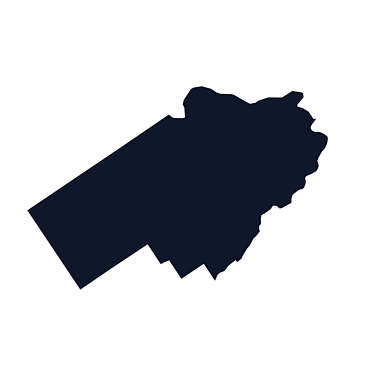 the district of Hancock, Mississippi, United States of America, rotated 236°
{"feature_id": "52423323B49198903326940", "entity_name": "Hancock", "entity_type": "district", "adm_level": 2, "iso_a3": "USA", "parent_name": "United States of America", "parent_adm1": "Mississippi", "projection": "equal_earth", "projection_center": [-89.556, 30.411], "detail": "fine", "context": "isolated", "style": "filled", "palette": "ink", "viewbox_px": 384, "rotation_deg": 236, "n_neighbors": 0, "source": "geoboundaries", "source_scale": "gbopen_adm2", "svg_char_len": 1572}
<svg xmlns="http://www.w3.org/2000/svg" viewBox="0 0 384 384"><g transform="rotate(236 192 192)"><path d="M106.9,162.2L109.9,166.8L110.1,170.5L109.2,174.4L109.8,177.2L110.5,177.8L111.2,180.9L112.1,190.1L111.4,191.8L110.9,191.7L110.4,190.8L109.5,191.0L109.7,195.2L110.7,196.9L111.8,198.8L114.8,205.4L116.0,209.6L119.7,216.5L120.6,221.3L122.0,225.6L124.1,226.2L126.8,228.1L127.3,228.8L127.5,230.8L131.7,233.4L134.7,236.3L134.4,240.2L134.6,247.6L136.1,251.0L136.3,251.7L133.8,254.8L132.6,255.4L130.0,256.0L129.7,256.4L129.1,258.2L128.3,268.1L131.0,269.8L133.9,273.1L134.3,275.0L134.7,280.8L134.3,284.0L134.0,284.2L133.5,285.2L133.7,287.1L136.0,290.3L137.4,291.5L141.0,293.0L141.9,294.8L141.9,296.7L141.1,300.5L140.6,305.3L140.6,306.5L141.1,308.0L142.6,310.3L143.5,311.1L144.9,311.7L147.9,312.4L150.0,315.0L153.6,322.1L154.3,325.3L155.1,327.2L157.4,330.8L160.3,333.6L162.3,334.5L165.9,333.2L169.5,331.1L171.2,329.0L172.1,327.5L173.0,326.6L175.6,325.2L176.9,324.9L179.3,325.5L180.7,327.1L181.8,329.3L183.4,334.2L184.2,332.8L193.3,332.8L199.4,329.9L204.0,326.2L206.0,327.5L208.8,337.0L211.7,338.4L212.8,337.9L218.9,331.4L219.2,319.2L227.0,308.0L229.8,298.2L229.7,294.3L232.2,288.7L248.7,280.4L250.6,278.8L257.0,269.9L260.3,267.4L266.7,264.7L273.6,258.7L277.0,251.3L277.1,248.6L272.3,237.1L269.4,234.0L266.1,233.6L262.4,231.5L256.8,228.3L257.8,225.1L262.7,218.1L264.5,216.7L268.4,215.5L268.1,161.9L268.1,105.7L268.1,46.0L174.3,45.6L174.5,84.2L174.2,126.7L150.4,126.5L148.9,135.6L126.7,135.4L126.7,162.4L106.9,162.2Z" fill="#0f172a" stroke="#020617" stroke-width="1.5"/></g></svg>